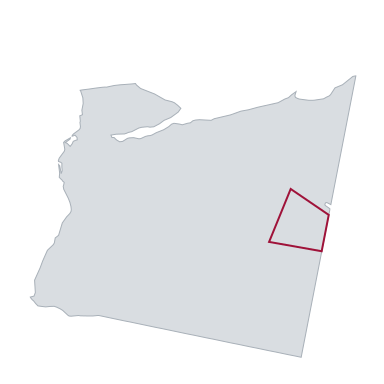 Paris Paris, Al Wadi at Jadid, Egypt (highlighted), rotated 281°
{"feature_id": "37247803B13722182372819", "entity_name": "Paris Paris", "entity_type": "district", "adm_level": 2, "iso_a3": "EGY", "parent_name": "Egypt", "parent_adm1": "Al Wadi at Jadid", "projection": "natural_earth1", "projection_center": [30.442, 22.93], "detail": "fine", "context": "in_parent", "style": "outline", "palette": "rose", "viewbox_px": 384, "rotation_deg": 281, "n_neighbors": 0, "source": "geoboundaries", "source_scale": "gbopen_adm2", "svg_char_len": 3166}
<svg xmlns="http://www.w3.org/2000/svg" viewBox="0 0 384 384"><g transform="rotate(281 192 192)"><path d="M337.2,330.7L329.2,330.7L321.3,330.7L313.4,330.7L305.5,330.7L297.6,330.7L289.7,330.7L281.8,330.7L273.9,330.7L266.0,330.7L258.1,330.7L250.2,330.7L242.3,330.7L234.4,330.7L226.5,330.7L218.6,330.7L210.6,330.7L206.1,330.7L206.9,328.1L207.4,326.3L206.8,325.1L205.3,324.8L204.3,325.2L201.9,330.5L200.7,330.7L197.9,330.7L188.7,330.7L179.5,330.7L170.3,330.7L161.1,330.7L151.9,330.7L142.7,330.7L133.5,330.7L124.2,330.7L115.0,330.7L105.8,330.7L96.6,330.7L87.4,330.7L78.2,330.7L69.0,330.7L59.8,330.7L50.6,330.7L50.7,324.3L50.7,317.8L50.8,311.4L50.9,304.9L50.9,298.5L51.0,292.0L51.1,285.6L51.1,279.1L51.2,272.7L51.3,266.2L51.3,259.8L51.4,253.4L51.5,246.9L51.6,240.5L51.6,234.0L51.7,227.6L51.8,221.1L51.8,214.7L51.9,208.2L52.0,201.8L52.1,195.3L52.2,188.9L52.2,182.4L52.3,175.9L52.4,169.5L52.5,163.0L52.6,156.6L52.6,150.1L52.7,143.7L52.8,137.2L52.9,130.8L53.0,124.3L52.8,123.1L51.5,118.7L50.4,113.2L49.2,106.3L49.1,104.1L47.0,97.0L46.8,95.0L47.4,93.6L51.1,87.7L52.2,84.8L53.1,81.3L53.5,78.5L52.5,74.2L51.3,70.3L51.0,66.4L50.8,62.5L52.7,59.8L54.9,57.3L55.7,55.8L57.1,54.1L58.0,53.3L59.7,56.8L63.4,57.4L75.4,54.3L88.6,57.4L95.9,58.6L107.2,61.2L114.0,66.0L115.9,66.6L120.8,66.5L124.0,69.3L136.9,70.6L143.7,73.7L147.6,76.2L150.0,77.0L152.0,76.8L154.8,75.9L158.4,74.2L162.2,71.8L170.2,65.6L173.0,64.5L174.8,64.7L177.1,64.7L178.0,63.0L179.2,61.8L179.9,60.5L181.1,58.9L185.2,58.5L193.5,55.8L192.6,57.1L185.1,60.1L188.3,60.5L191.6,59.5L195.4,58.8L196.1,57.5L196.5,55.1L197.3,54.8L199.9,55.2L207.7,58.9L209.6,59.0L215.0,57.0L216.2,56.5L218.0,57.7L222.0,62.3L220.6,62.2L216.3,58.2L215.9,60.2L213.5,63.7L216.5,65.2L219.1,65.8L220.4,67.7L221.3,69.4L223.7,68.7L225.5,66.3L224.6,65.0L223.9,63.7L224.7,63.6L226.5,64.7L231.4,69.2L233.1,70.1L235.0,70.0L239.0,68.7L240.1,68.9L245.4,67.3L246.1,68.5L247.0,69.7L251.3,68.3L258.1,68.3L263.6,66.9L270.0,63.4L270.5,62.8L270.9,63.7L271.7,66.1L273.7,72.2L275.4,77.0L277.6,83.7L278.3,86.2L278.6,88.0L281.7,95.3L283.6,101.3L284.9,106.2L286.9,113.4L287.7,115.8L286.4,117.1L283.8,121.8L281.1,136.5L277.2,148.0L276.8,155.2L276.2,157.8L274.3,161.5L272.0,165.1L267.8,163.2L261.0,156.9L257.0,150.9L252.8,147.1L248.7,142.0L247.6,138.3L247.6,135.9L245.9,130.2L244.6,127.5L239.7,121.3L238.3,118.1L237.2,116.6L236.1,114.6L234.3,106.6L232.4,101.6L230.2,103.0L230.6,105.1L228.7,108.0L227.5,111.4L228.4,114.2L232.4,118.5L233.2,120.3L234.2,124.3L234.1,129.8L234.7,131.6L237.7,135.7L238.8,138.1L239.4,140.2L240.4,142.0L243.4,145.6L247.7,152.3L251.8,156.8L254.7,159.0L256.0,161.2L256.3,166.9L256.1,169.6L258.7,174.7L259.6,177.2L262.1,179.3L263.3,181.7L264.4,185.6L266.0,197.1L268.2,199.9L275.0,215.0L280.7,224.6L283.5,231.8L287.8,240.5L296.1,259.5L301.0,265.4L303.0,268.7L306.5,271.3L310.4,275.0L306.7,274.6L305.8,274.8L304.6,275.5L304.0,277.7L303.7,279.5L304.3,289.2L305.3,294.1L308.6,303.4L311.0,306.2L312.2,308.0L313.9,309.4L321.5,312.5L326.0,319.3L336.1,327.8L337.1,330.1L337.2,330.7Z" fill="#d9dde1" stroke="#a8b0b8" stroke-width="1"/><path d="M158.6,330.6L195.6,330.6L213.8,288.3L157.7,277.2L158.6,330.6Z" fill="none" stroke="#9f1239" stroke-width="2"/></g></svg>